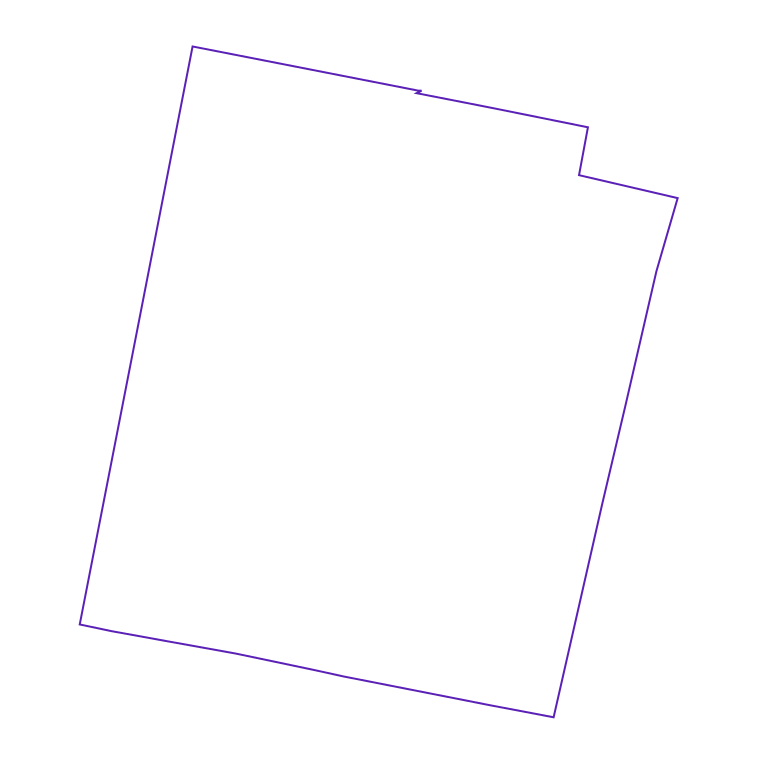 outline of Allegany, New York, United States of America, rotated 11°
{"feature_id": "52423323B99116494629117", "entity_name": "Allegany", "entity_type": "district", "adm_level": 2, "iso_a3": "USA", "parent_name": "United States of America", "parent_adm1": "New York", "projection": "equal_earth", "projection_center": [-77.96, 42.26], "detail": "fine", "context": "isolated", "style": "outline", "palette": "violet", "viewbox_px": 768, "rotation_deg": 11, "n_neighbors": 0, "source": "geoboundaries", "source_scale": "gbopen_adm2", "svg_char_len": 423}
<svg xmlns="http://www.w3.org/2000/svg" viewBox="0 0 768 768"><g transform="rotate(11 384 384)"><path d="M614.1,678.8L621.1,460.2L625.1,359.4L629.9,221.3L636.8,145.5L535.6,141.8L535.2,93.1L436.7,92.4L360.5,92.3L364.9,88.9L361.7,89.5L131.7,89.2L131.2,678.1L163.2,678.6L219.1,677.9L289.9,676.9L370.8,678.1L371.0,678.1L399.9,678.8L543.1,679.1L551.1,679.1L614.1,678.8Z" fill="none" stroke="#5b21b6" stroke-width="2"/></g></svg>